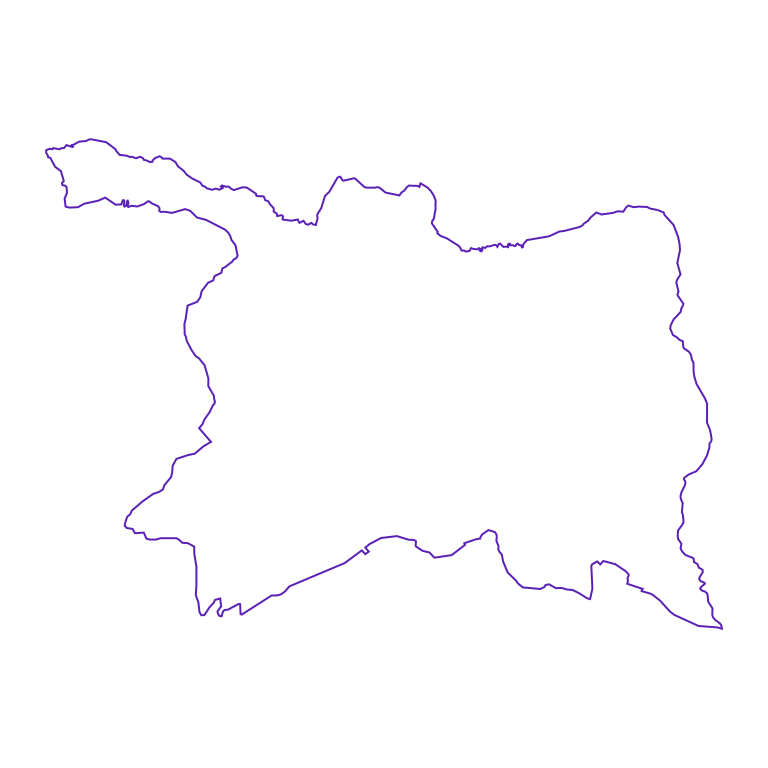 the district of Moreni, Dâmbovita, Romania
{"feature_id": "2599482B38559209444692", "entity_name": "Moreni", "entity_type": "district", "adm_level": 2, "iso_a3": "ROU", "parent_name": "Romania", "parent_adm1": "Dâmbovita", "projection": "robinson", "projection_center": [25.624, 44.986], "detail": "fine", "context": "isolated", "style": "outline", "palette": "violet", "viewbox_px": 768, "rotation_deg": 0, "n_neighbors": 0, "source": "geoboundaries", "source_scale": "gbopen_adm2", "svg_char_len": 6090}
<svg xmlns="http://www.w3.org/2000/svg" viewBox="0 0 768 768"><path d="M721.9,628.7L721.4,625.6L720.0,623.5L715.3,620.0L713.1,617.5L712.3,615.0L712.5,608.4L708.2,601.7L707.6,595.0L706.8,593.1L705.0,591.6L702.1,590.7L700.2,588.7L700.6,587.5L704.9,583.7L704.4,582.7L700.6,581.1L699.2,579.1L699.6,577.1L702.8,572.2L702.5,569.7L698.8,567.6L697.4,564.0L694.0,562.0L693.8,559.1L693.2,558.1L685.3,554.9L682.2,551.5L680.6,548.7L681.4,543.8L678.1,538.9L677.7,536.1L678.0,530.6L682.4,524.6L683.5,522.2L683.0,515.3L681.9,512.2L682.7,503.2L680.7,498.5L680.5,496.1L681.5,492.1L684.6,486.0L685.4,483.3L685.2,481.1L683.9,479.4L684.0,478.1L688.7,474.5L696.4,471.2L702.4,464.1L706.9,455.7L709.4,447.6L709.4,443.7L711.3,441.2L711.6,438.7L710.1,430.3L707.0,422.6L707.1,403.7L704.9,398.3L696.6,384.1L694.4,376.8L693.6,372.0L693.5,362.8L692.0,359.9L690.8,354.5L688.9,351.7L684.1,348.5L683.3,347.0L682.8,341.2L679.4,339.8L676.5,337.0L673.0,335.1L670.2,328.6L670.7,325.2L673.7,319.3L680.7,311.9L681.3,308.5L683.1,305.3L683.3,303.6L677.7,295.5L677.5,294.3L678.5,291.6L676.3,282.4L677.2,279.6L680.5,274.4L677.3,263.0L680.0,250.0L679.5,243.6L678.1,236.9L673.6,225.0L664.5,214.9L663.7,212.5L657.5,210.0L649.9,208.5L647.2,207.0L638.8,206.6L633.7,207.2L628.4,205.6L626.2,207.2L623.3,211.7L617.5,211.3L613.0,212.9L601.5,214.5L596.3,212.5L590.7,217.4L588.1,220.7L583.8,223.7L582.5,225.4L579.3,227.1L563.9,231.0L559.4,231.5L549.1,236.3L526.9,240.1L523.4,244.1L522.8,247.2L521.9,247.4L521.2,245.3L519.0,245.0L517.7,243.6L516.5,244.0L515.9,245.6L515.1,246.1L512.6,245.2L509.9,245.3L510.1,244.1L509.2,243.6L508.1,244.3L508.0,247.1L506.9,246.6L503.4,246.9L500.0,243.5L498.9,243.9L497.4,246.8L496.5,245.4L494.9,244.8L489.4,246.4L487.1,246.3L485.3,247.9L482.5,247.3L482.1,248.4L482.5,249.5L481.6,251.3L480.3,251.1L479.8,250.5L480.4,249.0L479.0,248.1L477.8,249.3L473.4,249.0L471.1,248.1L469.6,250.8L466.0,251.6L463.9,250.5L461.6,250.6L459.9,247.2L458.3,245.6L446.9,238.4L440.8,236.0L437.3,233.3L437.7,231.9L431.9,223.4L432.1,221.3L433.8,218.8L435.6,208.6L435.4,203.5L435.8,202.0L435.3,199.5L433.5,195.1L430.7,190.8L427.5,187.6L420.5,183.3L419.3,186.9L417.6,185.9L408.9,185.6L406.8,187.2L404.2,190.7L401.5,192.5L399.4,195.4L385.6,192.6L379.4,187.6L376.6,187.1L375.2,187.7L366.6,187.7L364.5,187.1L355.6,179.0L354.1,178.2L343.5,180.7L342.3,180.1L340.4,176.8L338.9,176.8L337.4,177.8L329.4,191.7L325.0,196.0L321.2,208.2L317.5,214.0L317.2,216.1L317.6,218.1L315.9,224.9L313.3,224.5L311.3,222.9L308.0,224.7L305.9,224.1L303.5,220.8L299.6,222.8L298.9,222.3L297.9,219.5L291.2,220.7L283.0,219.6L282.4,218.9L283.1,216.7L282.6,215.7L281.1,215.2L277.2,216.1L276.8,213.7L273.7,211.6L273.7,208.2L270.2,204.5L268.1,201.1L265.1,200.1L264.1,197.0L263.1,196.3L257.1,196.1L256.2,195.5L256.1,193.8L246.7,187.5L242.4,187.3L233.9,190.1L231.0,188.7L228.7,186.6L225.9,186.7L221.9,185.5L220.9,186.5L222.8,188.0L219.4,189.7L215.8,188.6L212.1,189.8L206.8,188.3L205.4,186.9L202.4,185.7L200.3,182.5L192.0,178.4L187.0,174.9L183.4,170.6L177.9,166.3L175.5,162.1L169.9,158.6L162.5,158.6L161.2,157.0L159.4,156.3L155.2,158.0L152.7,160.3L152.3,161.8L150.0,162.1L146.4,160.3L144.0,160.0L142.6,157.9L140.0,156.8L136.0,158.3L132.0,156.8L129.7,157.0L127.0,155.7L119.6,154.9L116.1,150.8L115.6,149.3L106.2,142.2L91.3,139.3L89.2,139.4L86.1,141.0L78.9,141.7L73.7,144.7L71.6,145.1L71.2,145.8L71.7,146.5L72.7,146.3L73.0,146.7L72.5,147.0L66.5,145.1L63.8,148.2L61.4,148.1L59.7,149.3L53.2,148.1L52.5,149.2L49.4,148.9L46.2,150.1L46.1,152.6L47.9,155.7L48.1,157.2L50.3,157.8L55.1,166.8L60.9,171.1L63.8,181.0L62.0,183.1L62.5,185.2L65.1,185.6L66.6,187.1L67.0,192.8L64.6,198.6L65.6,206.6L69.5,207.6L77.9,207.2L84.4,203.7L98.2,200.7L105.2,197.6L115.7,204.7L121.3,204.4L122.8,200.3L123.9,200.2L124.4,201.3L123.9,205.3L124.5,206.5L126.3,205.4L127.6,199.8L128.4,203.2L127.7,206.4L128.3,207.0L131.5,205.8L137.4,206.5L144.2,204.0L147.9,201.3L149.1,201.3L152.0,203.5L158.1,206.2L159.5,208.2L159.3,210.9L160.6,211.9L164.9,211.8L172.1,212.9L185.1,209.1L190.2,210.8L197.0,217.5L205.9,219.8L224.8,229.5L228.1,232.4L230.3,236.2L231.4,239.8L235.4,245.1L237.6,255.6L236.5,257.9L233.6,259.6L232.1,261.7L225.2,267.0L222.3,268.5L221.3,272.8L214.5,276.2L213.2,280.4L208.0,282.8L201.6,291.3L200.3,297.3L197.2,301.8L187.6,305.6L185.6,319.4L184.4,323.7L184.7,334.4L185.8,336.4L186.8,341.0L191.5,350.0L195.5,355.9L198.8,358.2L204.5,365.0L208.4,378.5L208.3,386.1L214.0,396.0L214.1,398.8L214.9,401.5L214.4,403.8L212.8,405.5L209.7,412.0L204.3,419.7L202.6,424.0L199.1,428.2L211.0,441.9L203.7,446.1L194.7,453.7L188.3,455.0L176.4,458.9L172.7,465.7L172.1,472.8L171.0,477.2L164.6,484.9L162.8,489.5L159.1,491.9L153.0,494.0L142.3,501.6L131.8,510.6L130.3,514.1L127.2,516.8L125.4,521.9L124.7,525.7L126.7,528.0L132.5,528.9L135.0,533.2L143.8,532.6L146.4,538.6L149.5,539.5L155.5,539.6L160.9,538.2L176.3,538.2L178.8,539.5L182.3,542.8L187.7,543.1L194.2,546.6L194.3,553.9L196.4,566.6L196.4,586.0L195.8,595.1L198.4,602.5L199.5,612.2L201.3,615.2L204.4,615.1L209.7,607.0L213.6,603.0L215.0,599.9L220.2,598.5L221.1,606.3L217.5,611.4L218.1,614.2L219.6,616.0L221.7,616.2L222.9,611.7L224.3,610.1L228.1,609.6L238.6,604.0L240.1,604.1L240.6,614.1L241.7,614.6L271.6,595.5L277.4,595.4L280.9,594.4L285.1,591.4L289.3,586.4L344.8,563.0L361.8,550.4L365.3,554.1L368.8,551.6L365.3,547.6L369.4,544.2L381.0,538.0L396.9,536.1L408.5,539.7L414.0,539.9L416.0,541.3L415.6,545.4L416.0,546.5L422.5,550.8L429.5,552.5L434.4,557.7L451.7,555.1L465.0,544.9L464.3,543.2L475.9,539.3L480.3,538.5L480.5,537.0L482.1,534.5L488.4,530.1L494.9,532.1L496.0,533.7L496.8,535.7L496.4,541.0L498.5,546.0L498.3,549.5L499.5,551.9L501.8,554.5L503.1,561.5L507.7,572.5L516.3,580.9L517.9,583.4L522.8,587.4L540.2,589.0L544.3,587.1L545.6,585.0L549.1,584.3L555.8,588.1L561.8,588.0L567.0,589.5L572.6,590.0L579.1,593.2L587.3,598.4L590.1,599.1L592.4,588.6L591.3,565.9L592.3,564.2L597.2,561.4L600.2,564.4L603.4,561.0L615.3,564.2L625.5,571.1L628.6,574.3L628.6,575.7L627.5,578.4L627.9,580.7L627.3,583.8L642.6,588.9L641.9,589.5L641.6,591.1L650.4,593.6L653.0,595.0L660.3,600.8L669.7,611.3L674.3,614.9L698.6,626.0L717.3,627.4L721.9,628.7Z" fill="none" stroke="#5b21b6" stroke-width="2"/></svg>